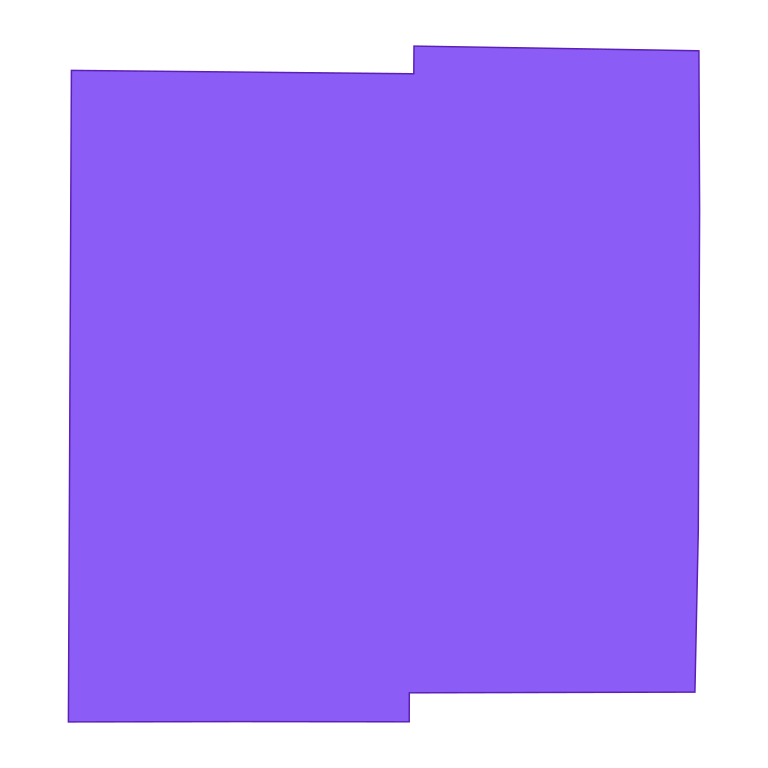 Midland, Michigan, United States of America
{"feature_id": "52423323B20736301303757", "entity_name": "Midland", "entity_type": "district", "adm_level": 2, "iso_a3": "USA", "parent_name": "United States of America", "parent_adm1": "Michigan", "projection": "equal_earth", "projection_center": [-84.371, 43.647], "detail": "fine", "context": "isolated", "style": "filled", "palette": "violet", "viewbox_px": 768, "rotation_deg": 0, "n_neighbors": 0, "source": "geoboundaries", "source_scale": "gbopen_adm2", "svg_char_len": 269}
<svg xmlns="http://www.w3.org/2000/svg" viewBox="0 0 768 768"><path d="M68.4,721.9L238.8,721.6L409.2,721.8L409.3,692.8L694.9,692.1L698.3,529.8L699.6,210.1L698.9,50.8L414.0,46.1L413.8,73.8L71.4,70.4L68.4,721.9Z" fill="#8b5cf6" stroke="#5b21b6" stroke-width="1.5"/></svg>